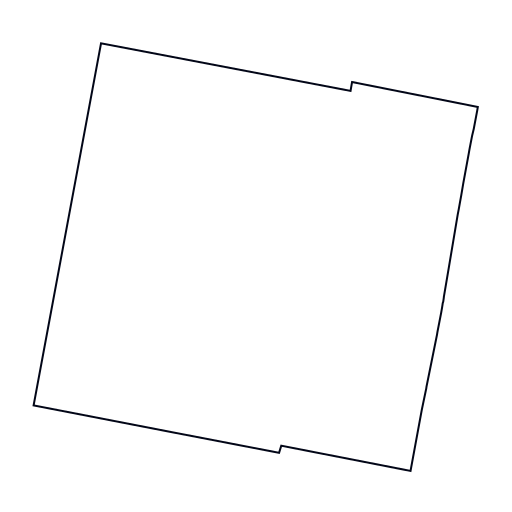 Mercer, Missouri, United States of America, rotated 101°
{"feature_id": "52423323B31950432025516", "entity_name": "Mercer", "entity_type": "district", "adm_level": 2, "iso_a3": "USA", "parent_name": "United States of America", "parent_adm1": "Missouri", "projection": "orthographic", "projection_center": [-93.589, 40.422], "detail": "fine", "context": "isolated", "style": "outline", "palette": "ink", "viewbox_px": 512, "rotation_deg": 101, "n_neighbors": 0, "source": "geoboundaries", "source_scale": "gbopen_adm2", "svg_char_len": 574}
<svg xmlns="http://www.w3.org/2000/svg" viewBox="0 0 512 512"><g transform="rotate(101 256 256)"><path d="M445.1,445.8L445.0,303.7L444.8,195.8L437.4,195.0L437.5,63.3L375.1,63.9L353.4,63.6L351.9,63.7L298.9,63.3L295.7,63.4L295.2,63.4L276.6,63.4L271.3,63.5L268.6,63.6L266.7,63.7L265.0,63.5L260.9,63.7L260.4,63.8L260.0,63.8L231.2,64.5L176.7,65.9L173.9,65.9L171.4,65.9L165.0,66.0L157.4,66.1L145.1,66.4L115.4,66.7L109.9,66.8L101.7,66.8L96.6,66.8L89.7,66.5L71.2,66.6L67.4,66.7L66.9,194.9L75.9,194.7L76.8,448.7L445.1,445.8Z" fill="none" stroke="#020617" stroke-width="2"/></g></svg>